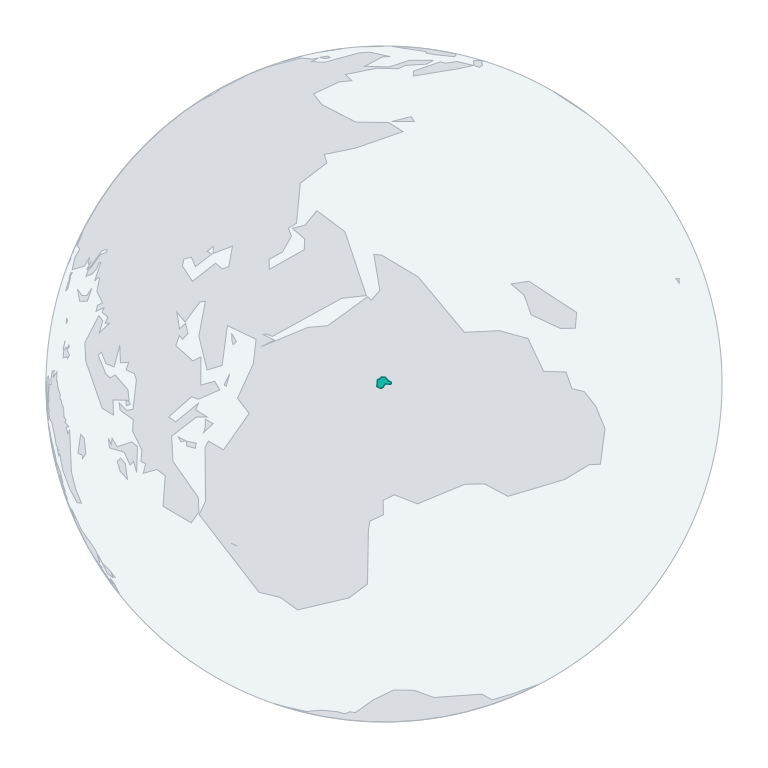 the Earth from above Warrap, rotated 278°
{"feature_id": "SDS-872", "entity_name": "Warrap", "entity_type": "State", "adm_level": 1, "iso_a3": "SSD", "parent_name": "South Sudan", "parent_adm1": "", "projection": "orthographic", "projection_center": [28.523, 7.841], "detail": "fine", "context": "on_globe", "style": "filled", "palette": "teal", "viewbox_px": 768, "rotation_deg": 278, "n_neighbors": 0, "source": "natural_earth", "source_scale": "10m", "svg_char_len": 8109}
<svg xmlns="http://www.w3.org/2000/svg" viewBox="0 0 768 768"><g transform="rotate(278 384 384)"><circle cx="384" cy="384" r="338" fill="#eef3f6" stroke="#a8b0b8"/><path d="M271.5,65.4L268.3,66.5L264.4,67.9L271.5,65.4ZM232.8,81.8L231.3,82.6L222.1,87.9L211.4,94.0L207.0,96.8L217.0,91.9L196.7,105.2L182.9,118.4L177.7,122.5L168.0,127.4L168.6,124.2L158.6,132.2L181.8,113.2L206.6,96.4L232.8,81.8ZM157.3,133.4L163.8,128.6L150.6,140.6L148.3,143.3L148.8,143.6L153.6,139.7L149.0,144.5L139.6,151.1L143.6,146.8L146.6,144.4L146.8,143.5L143.1,147.0L157.3,133.4ZM52.1,320.7L52.0,321.4L51.2,325.4L48.9,352.6L52.3,367.6L53.0,383.0L52.0,391.3L54.6,395.6L54.7,401.5L70.0,417.7L82.3,436.2L84.9,456.6L80.5,477.0L90.5,524.1L86.3,534.9L94.6,553.4L107.7,578.2L105.7,575.6L92.6,555.1L81.1,533.7L71.1,511.6L62.7,488.7L56.0,465.4L51.0,441.6L47.7,417.5L46.2,393.2L46.4,368.9L48.4,344.7L52.1,320.7ZM287.5,60.7L289.1,59.9L294.5,58.4L287.5,60.7ZM311.2,54.0L322.7,51.7L309.7,54.4L305.5,55.8L300.6,57.0L308.0,54.7L311.2,54.0ZM322.5,51.8L325.6,51.2L322.8,51.7L322.5,51.8ZM332.0,50.2L327.8,50.9L326.3,51.1L332.0,50.2ZM335.1,49.6L335.3,49.6L338.9,49.1L328.4,50.7L331.9,50.1L335.1,49.6ZM339.9,49.5L327.0,51.5L323.8,51.7L336.8,49.6L339.9,49.5ZM648.4,173.5L648.1,173.2L648.4,173.5ZM643.0,167.0L646.7,172.2L638.9,162.7L645.8,172.7L652.3,180.2L651.7,178.0L661.1,192.0L671.0,205.8L681.3,223.4L695.2,256.3L695.8,267.6L697.7,273.7L693.2,267.6L694.3,280.4L708.5,313.4L710.6,323.6L709.1,344.5L707.7,336.9L695.9,320.6L698.8,345.3L708.0,364.1L711.4,387.8L706.6,381.4L702.5,360.8L698.2,354.4L695.7,332.9L685.1,302.6L679.9,309.8L676.8,297.3L661.4,273.8L651.9,283.8L639.4,319.7L643.6,352.1L636.6,367.6L613.7,323.1L603.0,292.9L595.1,296.7L571.3,273.2L531.0,275.0L525.0,267.5L517.5,271.8L500.7,265.1L491.5,252.9L481.5,254.4L505.9,286.4L516.7,285.2L525.4,271.7L530.2,283.6L546.3,293.4L529.3,324.2L469.1,354.2L463.0,330.2L415.7,267.0L417.0,259.8L416.8,259.0L416.2,257.6L412.2,269.3L403.9,257.3L429.5,300.9L433.9,320.3L468.3,355.7L465.1,359.7L476.1,366.9L510.9,355.9L511.2,364.0L494.9,402.8L446.4,456.4L452.8,490.8L449.1,520.2L418.7,540.4L421.2,562.6L405.5,570.7L404.4,583.2L391.7,596.6L370.6,609.1L334.7,609.4L332.6,598.3L314.7,576.4L290.0,522.3L299.1,497.4L295.9,477.8L270.0,433.9L275.7,409.7L268.7,399.3L254.4,401.6L246.3,389.2L237.6,388.8L183.6,395.5L167.3,379.0L148.3,329.8L158.2,311.1L160.4,289.2L228.9,219.2L243.0,223.6L296.5,215.6L303.1,218.2L296.4,234.2L336.1,254.6L349.5,240.9L386.0,251.8L410.5,251.1L420.0,220.8L379.8,221.1L373.3,206.8L405.8,194.0L441.0,195.6L439.6,190.3L417.7,178.4L426.2,168.9L410.2,173.8L416.4,179.1L406.6,182.8L400.3,178.3L403.5,174.7L393.0,172.5L380.3,191.4L385.3,198.9L357.5,202.7L363.1,215.9L355.4,222.2L343.1,202.4L344.6,195.2L321.4,175.3L317.4,182.9L339.0,202.8L332.1,201.2L326.7,213.5L325.3,203.0L302.8,181.0L278.0,185.8L245.8,215.9L231.4,218.5L219.7,212.4L232.2,182.2L262.8,180.1L267.7,170.9L262.1,158.1L271.9,159.1L273.4,154.1L285.0,153.4L302.1,141.7L314.0,140.5L321.3,126.4L328.4,124.4L322.0,132.9L324.0,139.0L353.7,138.2L359.6,135.3L362.0,126.6L369.9,128.2L368.4,120.0L385.8,117.0L363.3,114.4L365.5,105.9L376.2,99.7L372.9,96.9L355.3,107.1L352.0,111.9L355.5,116.5L342.8,131.2L332.4,133.8L330.5,117.9L315.6,120.4L320.6,108.4L365.1,85.5L383.3,82.0L412.1,92.1L407.5,96.7L394.9,94.9L406.0,103.6L405.4,99.4L411.9,101.3L415.6,94.9L420.5,96.0L415.8,88.7L422.1,89.3L425.0,94.0L435.9,86.8L449.2,87.6L449.3,85.6L445.7,83.2L465.0,86.6L464.3,85.0L457.7,83.2L451.9,79.2L449.2,73.9L456.0,75.3L457.9,77.4L472.2,84.7L476.1,91.0L478.7,91.2L476.8,86.1L459.5,77.1L455.9,73.6L464.9,77.2L461.4,75.6L461.7,74.3L468.5,74.8L459.0,70.8L453.8,59.3L466.4,60.3L475.0,63.9L478.6,61.0L492.5,64.5L486.3,62.5L483.9,61.2L479.5,60.0L476.4,59.0L474.8,58.5L499.0,66.3L522.5,75.8L545.3,87.1L567.1,100.0L587.9,114.6L607.6,130.6L626.0,148.1L643.0,167.0ZM205.0,254.7L203.1,261.1L205.0,254.7ZM478.6,214.0L499.4,214.8L489.5,196.7L496.7,195.8L490.7,190.4L488.7,195.4L473.9,180.9L482.7,175.7L479.9,168.4L472.7,168.0L459.0,180.1L480.1,200.3L475.5,207.9L478.6,214.0ZM52.0,321.3L51.3,325.7L51.3,325.0L52.0,321.3ZM151.2,140.1L151.8,139.8L151.2,141.1L149.2,142.5L151.2,140.1ZM162.2,137.3L154.6,145.2L158.6,140.1L154.3,143.0L157.6,136.7L175.3,124.3L166.7,130.7L162.2,137.3ZM166.8,126.3L162.8,130.8L166.5,126.5L166.8,126.3ZM270.2,130.6L273.9,133.4L269.1,138.9L254.0,143.2L260.8,134.9L270.2,130.6ZM280.3,136.3L282.6,121.0L292.0,118.6L286.3,122.3L292.4,122.3L284.8,128.5L291.6,142.5L287.8,148.5L262.0,151.4L272.5,146.7L268.3,143.8L280.3,136.3ZM271.7,94.8L272.8,90.6L291.9,90.6L288.6,94.7L273.4,98.4L268.2,95.9L271.7,94.8ZM258.1,70.6L257.3,70.8L260.0,69.8L262.9,68.7L258.1,70.6ZM245.4,75.8L246.9,75.4L256.0,71.8L260.5,69.9L274.6,64.4L279.2,62.7L297.6,57.3L298.6,57.0L298.1,57.2L291.6,59.0L295.6,58.0L285.8,60.8L287.8,60.4L264.5,69.5L262.4,69.9L251.2,76.0L241.3,79.8L248.9,75.4L232.9,83.5L235.7,81.2L225.5,86.8L243.4,76.8L245.2,75.9L245.4,75.8ZM351.5,55.7L344.1,55.4L350.6,58.4L340.8,59.4L342.2,59.7L334.8,61.7L328.3,64.9L324.0,65.1L323.3,66.4L318.5,68.1L316.1,70.1L307.4,71.5L303.9,74.2L301.7,73.4L297.9,77.9L296.9,75.3L290.5,77.9L294.9,79.1L253.6,86.6L237.1,93.3L223.9,100.9L223.8,96.7L236.1,87.6L254.1,77.8L270.0,72.5L267.1,72.1L273.8,69.7L273.3,71.0L278.2,67.7L283.6,66.2L299.6,60.5L303.2,57.7L309.2,56.0L310.5,56.4L315.5,54.5L322.0,54.3L326.4,53.3L337.2,52.6L337.1,54.7L342.1,53.5L350.5,53.6L351.5,55.7ZM342.8,49.3L345.0,50.5L340.6,52.0L323.7,52.8L318.8,53.7L307.7,55.3L314.2,53.5L316.8,53.1L320.8,52.3L317.1,53.2L323.0,52.0L326.8,51.6L332.3,50.7L331.5,51.2L342.8,49.3ZM310.9,212.2L316.1,212.9L324.3,212.1L321.0,220.3L310.9,212.2ZM295.2,197.2L299.9,196.2L299.3,206.3L294.0,206.1L295.2,197.2ZM303.0,187.5L300.2,195.4L298.5,191.0L303.0,187.5ZM326.5,131.9L331.6,130.8L331.9,132.8L328.9,135.9L326.5,131.9ZM368.8,68.4L365.2,67.1L366.8,66.4L365.2,62.6L372.3,62.1L376.1,64.2L368.8,68.4ZM412.9,226.0L405.6,231.9L402.0,229.1L405.3,227.6L412.9,226.0ZM360.9,225.9L372.6,229.7L359.9,228.1L360.9,225.9ZM376.3,67.2L374.8,65.5L379.3,66.4L376.3,67.2ZM377.5,61.6L382.9,62.2L373.0,61.6L377.5,61.6ZM528.8,658.4L529.5,661.6L524.9,662.3L528.8,658.4ZM505.9,513.2L481.6,564.8L465.9,565.7L463.6,551.0L473.0,520.1L491.4,510.5L500.7,496.0L505.9,513.2ZM717.7,437.1L717.6,438.0L718.1,434.4L717.7,437.1ZM717.9,435.0L713.5,437.4L710.7,434.4L712.2,428.3L716.7,427.9L717.9,435.0ZM711.9,428.2L706.6,413.9L693.1,370.1L698.1,369.9L710.9,395.1L710.2,400.2L713.5,411.8L711.9,428.2ZM721.9,381.0L721.6,394.3L720.8,409.3L719.2,409.5L717.9,407.8L717.2,389.2L717.7,379.4L719.0,379.1L719.4,344.7L720.4,351.9L721.3,366.1L721.8,376.2L721.9,381.0ZM645.0,355.1L652.6,373.7L648.2,377.5L645.0,355.1ZM716.1,321.8L718.2,336.4L715.2,317.2L716.1,321.8ZM712.6,305.1L712.5,304.6L712.6,305.1ZM700.9,283.0L699.7,285.2L698.1,280.5L698.5,274.9L700.9,283.0ZM689.1,238.8L695.2,252.4L697.1,257.1L693.6,249.0L689.1,238.8ZM435.3,67.3L429.6,72.5L430.3,77.4L438.1,81.3L424.7,78.7L423.6,71.1L435.3,67.3ZM450.8,59.8L443.9,57.4L448.4,57.8L450.6,58.4L450.8,59.8ZM445.6,58.9L434.4,57.5L431.5,55.8L440.9,57.1L445.6,58.9ZM405.3,60.5L403.1,61.9L399.5,61.0L405.3,60.5ZM680.3,546.5L686.2,535.1L686.1,535.4L695.2,515.5L697.1,511.1L680.3,546.5ZM710.0,295.2L704.2,276.1L704.1,275.8L710.0,295.2ZM474.1,58.4L470.1,57.3L472.4,57.9L474.1,58.4ZM460.5,54.8L458.3,54.3L460.5,54.8ZM461.6,55.6L459.4,54.7L465.5,56.5L461.6,55.6Z" fill="#d9dde1" stroke="#a8b0b8" stroke-width="1"/><path d="M383.1,377.2L383.3,377.2L385.8,377.0L387.0,376.9L387.3,377.0L388.8,379.3L390.5,380.4L390.6,380.6L390.9,384.1L390.1,385.3L388.2,387.4L387.8,388.0L387.7,388.2L387.0,390.5L386.9,390.7L386.8,390.8L386.6,390.9L386.4,391.0L386.2,391.1L385.8,391.1L385.6,391.1L385.2,390.9L384.7,390.5L384.4,389.2L384.4,388.4L384.5,387.5L384.5,386.6L384.5,386.3L384.4,386.2L384.2,386.0L384.1,385.9L384.2,385.6L384.2,385.3L384.0,385.2L383.7,385.1L383.0,384.7L382.5,384.3L382.1,384.1L381.8,384.0L380.9,383.8L380.7,383.7L380.2,383.1L379.5,381.9L379.2,381.6L379.6,379.9L379.7,379.6L379.9,379.4L380.0,379.1L380.1,378.8L380.2,377.9L380.3,377.6L380.4,377.4L380.6,377.3L380.7,377.2L381.0,377.2L381.6,377.1L382.6,377.2L383.1,377.2L383.1,377.2Z" fill="#14b8a6" stroke="#0f766e" stroke-width="1.5"/></g></svg>